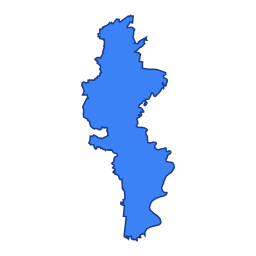 outline of Texistepec, Veracruz, Mexico
{"feature_id": "50627088B36629639951607", "entity_name": "Texistepec", "entity_type": "district", "adm_level": 2, "iso_a3": "MEX", "parent_name": "Mexico", "parent_adm1": "Veracruz", "projection": "natural_earth1", "projection_center": [-94.8, 17.777], "detail": "fine", "context": "isolated", "style": "filled", "palette": "blue", "viewbox_px": 256, "rotation_deg": 0, "n_neighbors": 0, "source": "geoboundaries", "source_scale": "gbopen_adm2", "svg_char_len": 5860}
<svg xmlns="http://www.w3.org/2000/svg" viewBox="0 0 256 256"><path d="M171.9,162.4L166.8,161.8L166.3,161.5L165.9,160.5L165.9,159.7L167.2,157.5L167.5,155.9L168.5,154.7L169.7,154.0L170.7,152.9L170.6,151.6L170.1,151.1L169.3,150.8L167.4,151.6L166.6,151.4L166.1,150.2L166.1,148.2L165.7,147.9L163.7,148.7L161.4,148.9L158.5,149.8L156.6,149.3L155.6,148.4L154.8,147.2L154.7,146.3L155.1,145.2L156.3,143.8L156.4,143.1L155.5,142.5L153.5,142.1L151.4,142.6L150.7,143.0L149.6,143.1L148.0,142.5L147.7,142.0L147.3,136.1L145.8,133.9L145.6,133.0L146.0,131.6L147.3,130.5L147.4,130.2L147.2,129.6L146.2,128.8L144.6,128.0L142.1,127.4L138.8,127.4L138.0,127.2L136.6,126.4L136.3,125.7L137.8,123.4L137.8,122.3L136.9,119.4L136.9,118.8L137.5,117.9L139.6,117.1L139.9,116.6L139.8,116.2L138.5,115.3L138.6,115.0L138.9,114.7L139.5,114.7L140.7,115.6L141.4,115.7L141.6,114.6L141.4,114.0L140.4,112.6L140.4,112.2L140.8,112.0L143.2,112.2L143.7,112.0L143.8,111.5L141.6,108.2L138.6,107.3L138.5,106.9L138.7,106.3L139.3,105.1L140.7,103.9L142.0,103.2L142.9,101.6L143.8,100.8L145.0,101.2L145.2,101.8L145.2,102.6L144.2,104.2L144.1,105.0L144.4,105.5L145.1,105.5L145.7,105.1L146.7,103.7L146.9,102.7L145.4,101.1L145.7,100.3L145.4,99.4L147.8,99.3L148.7,99.0L149.2,98.4L150.5,95.9L151.3,93.6L151.8,92.7L152.2,92.7L152.7,93.2L154.1,96.0L154.5,96.4L155.3,96.3L156.1,95.7L160.3,91.1L161.7,88.2L162.8,88.1L163.3,88.7L163.8,88.3L163.8,86.5L162.4,83.6L162.5,82.6L162.8,82.8L164.1,85.3L165.3,86.0L165.8,85.8L166.2,85.2L166.5,83.3L167.3,81.4L167.2,80.1L166.7,79.1L164.0,77.8L163.4,76.4L163.7,75.6L165.8,74.3L165.5,72.6L157.2,69.6L153.8,69.3L148.3,69.3L142.3,68.2L142.6,62.0L139.4,61.4L139.7,58.1L140.5,54.1L138.6,53.5L138.8,52.8L134.8,51.9L136.6,50.7L140.0,47.3L141.4,47.0L144.8,43.5L144.0,42.6L144.4,39.8L146.8,40.2L145.9,38.8L146.4,37.3L139.9,40.8L139.8,41.8L138.4,41.9L138.2,43.6L134.6,43.3L135.3,42.6L132.9,36.6L133.5,35.0L133.8,31.6L134.1,30.2L134.5,30.2L134.5,29.0L133.2,28.5L132.7,27.6L131.7,27.3L127.1,27.5L127.2,26.4L129.9,22.9L130.0,21.8L132.5,23.0L133.2,16.1L130.8,15.8L130.5,15.4L129.6,16.6L129.0,16.3L129.0,16.7L128.8,16.7L128.1,16.2L119.8,22.1L119.2,21.2L119.1,19.4L116.5,19.2L113.0,23.7L112.2,23.3L111.7,22.8L111.5,23.5L111.2,23.5L109.9,22.5L109.3,23.1L108.6,24.4L107.7,24.8L107.3,25.3L105.4,25.9L104.1,26.8L103.4,26.8L103.1,27.3L102.5,27.4L102.4,29.0L99.8,29.2L99.9,33.6L98.2,33.6L98.2,36.7L99.7,36.7L99.7,38.4L102.7,39.2L103.9,38.9L103.8,40.1L104.4,40.2L104.4,41.8L104.4,44.2L103.8,46.3L104.6,46.3L102.6,52.5L103.1,53.0L100.4,58.1L99.2,57.5L97.6,57.5L96.8,57.8L95.0,59.2L95.6,60.0L96.0,59.6L96.7,61.2L97.6,61.0L97.9,62.1L97.2,63.1L100.1,65.4L100.7,67.3L100.6,67.8L99.6,69.1L100.0,69.9L100.5,70.2L100.8,70.8L100.8,71.3L101.5,72.3L101.1,72.5L101.0,72.9L99.9,73.2L100.3,74.0L99.3,76.1L98.2,76.0L97.6,76.4L97.4,77.2L96.9,77.5L97.0,78.1L96.5,78.1L95.8,78.6L95.3,78.5L94.7,79.2L94.8,79.8L94.3,80.2L93.6,80.1L92.5,80.4L92.3,80.0L90.7,80.1L89.7,79.9L89.4,80.0L89.4,80.5L88.1,80.3L88.0,82.8L85.6,82.9L83.8,81.9L82.3,82.8L82.0,83.4L81.9,85.9L83.0,87.7L83.6,89.6L84.2,90.8L83.6,92.8L82.5,95.0L86.9,95.0L88.3,98.4L86.8,98.4L82.8,106.6L83.8,111.0L83.4,113.3L83.4,115.6L83.8,117.1L87.7,119.2L87.7,120.4L89.5,121.4L89.6,122.8L90.7,126.2L92.7,128.1L94.7,128.9L95.4,128.5L96.7,128.6L99.6,129.8L100.7,129.6L101.6,128.3L101.6,127.6L101.9,127.3L102.4,127.8L102.9,127.2L103.9,127.8L104.8,127.6L104.9,127.9L106.7,127.8L107.3,128.1L107.5,128.7L106.9,130.2L106.8,131.3L107.8,132.1L107.8,135.3L108.0,135.6L101.9,138.7L101.6,138.7L101.1,138.1L100.4,138.2L97.5,137.6L97.1,136.7L94.0,135.1L93.6,135.0L92.5,136.5L92.3,136.2L90.2,136.1L90.1,139.5L89.5,141.8L88.9,142.6L89.0,143.3L90.2,144.0L90.5,144.8L91.7,144.6L93.3,144.8L93.5,145.4L94.2,145.8L94.3,147.4L95.5,149.0L95.8,149.0L95.7,148.5L95.8,148.2L96.5,148.6L96.5,147.3L97.2,146.8L98.2,147.3L99.0,146.8L99.5,147.2L100.1,147.2L100.5,148.4L102.1,148.2L102.5,148.5L102.5,148.9L102.9,149.0L103.2,149.5L104.8,149.4L105.1,150.0L105.2,149.6L105.9,150.0L107.4,149.8L108.2,150.1L108.6,149.8L109.4,150.2L109.9,149.9L110.1,150.2L110.7,149.9L110.8,150.2L111.4,150.3L111.7,149.9L112.2,150.5L112.7,151.7L113.4,152.4L114.7,153.2L116.9,153.7L117.4,154.4L117.5,155.4L117.2,156.0L115.0,157.0L114.2,158.0L113.7,161.8L111.7,163.3L112.5,164.2L113.8,164.9L114.1,165.7L114.0,166.2L112.6,167.8L114.9,169.0L115.1,169.4L114.9,170.2L113.4,171.4L113.1,172.5L113.9,172.9L114.9,171.8L115.0,172.1L114.8,173.8L115.0,174.2L116.1,174.3L118.4,175.8L118.9,176.6L119.2,178.2L119.6,179.1L120.8,179.6L121.8,179.2L122.4,188.1L122.7,188.0L122.8,189.0L123.4,188.9L123.5,189.9L123.4,190.2L124.8,191.5L124.6,193.1L125.0,197.4L124.9,197.5L124.8,199.4L123.2,199.6L123.6,202.6L121.0,202.2L120.8,204.1L122.5,204.2L122.4,205.1L124.5,205.3L123.4,216.3L126.3,216.7L124.1,236.0L124.7,236.1L125.1,237.5L125.7,237.4L125.7,237.1L126.4,236.1L127.4,236.2L127.2,237.6L126.9,237.5L126.8,237.8L127.3,238.3L128.0,238.3L128.4,239.1L128.8,238.4L128.5,237.4L128.9,236.8L130.3,236.6L130.6,236.0L130.9,235.9L131.5,237.0L131.3,238.2L131.9,239.0L132.2,238.8L133.1,239.7L133.8,239.7L134.2,239.2L135.1,239.6L136.0,239.7L136.7,240.6L137.2,240.6L137.3,240.2L136.9,238.9L137.0,238.1L137.2,237.8L138.4,237.4L138.9,236.8L140.0,237.8L140.7,237.7L140.6,236.6L139.9,235.9L140.1,235.2L141.0,234.6L142.1,234.2L142.9,233.6L143.7,233.5L143.9,234.1L144.9,235.4L144.8,234.1L145.1,231.5L147.2,228.5L151.1,226.7L158.8,224.9L160.0,224.0L160.6,223.2L160.9,222.5L160.6,220.8L159.7,218.4L157.5,216.0L153.8,213.4L150.2,210.0L149.5,208.2L149.6,206.8L150.1,204.8L151.1,202.6L152.4,200.8L153.3,200.1L156.2,198.3L159.1,197.1L164.8,195.5L166.4,194.3L167.0,192.8L166.6,192.5L165.4,192.6L163.6,192.0L162.7,191.0L162.0,189.5L161.7,187.7L162.7,184.8L163.5,183.1L163.8,181.4L164.7,179.8L165.3,177.7L165.9,177.1L166.3,176.2L168.7,174.1L171.4,172.2L173.5,169.3L174.1,168.0L174.1,166.0L173.7,164.6L173.2,163.4L171.9,162.4Z" fill="#3b82f6" stroke="#1e3a8a" stroke-width="1.5"/></svg>